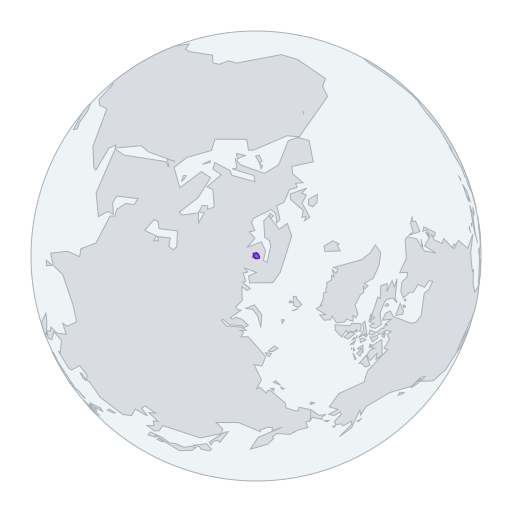 Northern Savonia highlighted on a globe, orthographic projection, rotated 147°
{"feature_id": "FIN-3178", "entity_name": "Northern Savonia", "entity_type": "Province", "adm_level": 1, "iso_a3": "FIN", "parent_name": "Finland", "parent_adm1": "", "projection": "orthographic", "projection_center": [27.676, 63.147], "detail": "fine", "context": "on_globe", "style": "filled", "palette": "violet", "viewbox_px": 512, "rotation_deg": 147, "n_neighbors": 0, "source": "natural_earth", "source_scale": "10m", "svg_char_len": 12218}
<svg xmlns="http://www.w3.org/2000/svg" viewBox="0 0 512 512"><g transform="rotate(147 256 256)"><circle cx="256" cy="256" r="225" fill="#eef3f6" stroke="#a8b0b8"/><path d="M55.1,154.1L57.6,149.4L90.1,103.6L95.9,97.5L101.6,92.0L105.8,88.6L139.3,66.9L115.1,80.6L124.1,73.9L135.2,67.1L133.7,68.5L147.6,62.6L158.6,57.5L175.5,54.8L186.3,61.4L179.9,62.7L183.3,64.4L191.5,63.2L196.1,62.0L218.8,68.8L246.0,69.7L254.8,65.6L252.8,70.2L269.4,59.9L284.3,59.0L267.4,62.8L265.6,65.4L275.6,66.1L275.9,68.9L281.0,71.0L280.5,74.5L270.6,76.8L270.1,79.3L277.3,79.6L281.2,83.6L270.8,82.7L276.7,89.6L261.3,95.5L233.9,91.4L225.2,98.8L196.4,105.9L198.9,108.7L189.5,113.6L188.9,118.8L183.7,119.0L187.7,123.0L192.5,121.9L195.8,123.4L195.9,126.4L189.4,127.0L188.4,125.6L186.5,127.4L183.2,126.5L184.8,128.6L176.9,129.2L184.8,133.2L178.5,137.5L173.2,136.7L173.8,130.8L163.0,115.4L157.8,113.3L150.0,116.0L135.0,133.3L129.3,133.7L121.5,138.6L124.5,141.0L131.8,138.0L135.6,143.9L143.9,139.9L146.7,141.9L155.3,140.5L153.9,147.2L147.9,154.6L140.7,156.2L137.8,159.7L144.6,163.7L131.1,172.3L122.2,188.2L118.7,189.9L112.0,182.9L112.2,168.6L103.7,160.8L109.1,172.7L100.3,177.3L98.8,181.0L99.2,184.9L102.5,185.9L99.4,189.0L92.9,178.2L95.6,175.1L97.6,178.5L97.6,172.0L93.2,165.2L89.1,168.4L86.8,155.8L83.8,158.1L81.6,156.8L86.5,154.0L77.7,158.9L74.3,147.1L62.2,156.3L74.2,141.7L78.6,133.8L82.9,125.3L80.8,126.5L89.2,114.3L92.2,106.7L86.6,109.1L78.4,118.0L69.7,130.6L70.2,131.6L65.7,140.4L62.3,141.6L53.2,159.4L50.3,164.2L48.7,167.8L55.1,154.1ZM45.5,175.8L43.9,180.2L40.4,190.9L40.2,193.5L39.0,201.9L36.5,207.6L37.7,208.5L35.7,217.2L34.7,238.6L34.1,238.2L32.9,263.4L35.5,286.8L36.0,295.9L35.3,296.1L37.1,304.0L37.2,305.9L47.9,337.4L56.3,356.8L58.1,362.6L55.7,359.1L48.9,344.6L43.1,329.7L38.4,314.4L34.8,298.8L32.3,283.0L31.0,267.1L30.8,251.1L31.7,235.1L33.7,219.2L36.9,203.6L41.2,188.1L41.6,186.9L43.4,181.4L43.5,181.1L45.5,175.8ZM59.3,158.0L49.2,182.0L51.8,171.1L51.8,172.5L55.1,165.8L60.0,155.0L63.1,146.2L59.3,158.0ZM61.9,162.4L63.3,158.7L62.3,162.1L61.9,162.4ZM198.1,61.0L191.6,62.9L184.1,63.1L189.4,61.2L198.1,61.0ZM212.5,61.8L209.6,63.3L206.2,60.7L208.9,60.6L212.5,61.8ZM261.0,62.2L255.6,62.4L260.7,61.3L261.0,62.2ZM281.8,70.7L283.2,69.8L285.2,71.3L281.8,70.7ZM155.5,136.9L155.4,138.7L153.8,138.0L155.5,136.9ZM159.3,134.8L157.6,132.8L159.2,131.5L160.2,132.7L159.3,134.8ZM286.3,78.1L289.1,81.0L284.5,78.4L286.3,78.1ZM161.0,137.6L162.2,129.4L165.0,127.2L171.1,130.2L161.0,137.6ZM289.6,82.9L296.5,90.0L300.3,88.5L293.6,97.1L289.9,88.0L283.7,85.1L288.3,85.0L289.6,82.9ZM194.0,120.3L188.9,121.6L193.1,117.7L194.0,120.3ZM195.9,117.5L204.1,104.2L211.7,104.0L207.4,108.4L217.3,106.1L217.0,112.5L211.5,115.2L206.6,114.0L210.2,117.4L195.9,117.5ZM288.8,100.9L289.0,103.1L286.9,101.3L288.8,100.9ZM197.5,123.7L198.5,120.9L205.2,120.5L204.4,126.0L202.5,124.4L197.5,123.7ZM220.0,102.5L224.8,103.3L225.9,108.7L227.9,109.7L217.6,112.7L220.0,102.5ZM201.0,126.0L203.9,128.9L200.8,131.9L197.0,126.4L201.0,126.0ZM207.2,118.1L210.3,118.3L208.4,120.0L207.2,118.1ZM191.4,144.5L192.5,141.0L196.0,140.4L191.4,144.5ZM205.1,129.7L206.2,128.7L207.7,128.1L208.9,130.6L205.1,129.7ZM219.1,116.4L218.5,118.5L223.4,115.4L224.4,119.5L217.3,120.8L220.7,121.9L221.1,123.2L214.9,122.9L219.1,116.4ZM214.7,131.5L206.1,134.9L203.4,141.4L200.1,142.0L205.0,131.4L214.7,131.5ZM215.4,126.4L214.2,129.7L210.8,128.7L209.4,125.9L215.4,126.4ZM227.6,121.9L227.9,115.3L229.4,115.2L227.6,121.9ZM214.6,133.6L216.7,132.8L214.8,134.2L214.6,133.6ZM224.4,125.6L224.3,123.3L226.0,123.3L224.4,125.6ZM221.0,133.2L218.2,134.2L217.2,132.3L221.0,133.2ZM223.1,129.9L225.5,130.5L218.5,131.0L222.7,128.8L223.1,129.9ZM226.0,126.0L227.0,125.3L225.8,127.0L226.0,126.0ZM226.4,140.1L217.8,141.2L215.6,136.8L224.2,136.3L226.4,140.1ZM211.4,476.8L196.4,470.2L202.5,467.9L200.5,463.6L183.1,448.1L186.9,441.5L182.3,436.7L172.7,434.6L167.2,428.3L161.4,426.0L125.1,411.1L114.1,398.1L101.1,366.9L107.7,362.2L109.1,350.8L154.8,332.4L164.4,339.9L200.2,346.1L204.6,348.9L200.2,358.9L226.9,376.4L235.8,368.7L260.2,376.3L276.5,375.0L282.7,354.7L255.9,356.5L251.4,346.4L273.0,336.4L296.4,334.6L295.5,330.6L280.8,323.5L286.3,314.9L275.8,320.3L279.9,324.1L273.4,327.7L269.2,324.4L271.3,321.4L264.3,320.0L256.0,335.1L259.4,340.7L240.9,343.0L244.7,352.6L239.6,356.7L231.3,342.1L232.2,336.8L216.5,318.9L213.9,324.6L228.5,342.0L223.9,340.2L220.4,348.6L219.4,340.9L204.1,320.9L187.6,320.0L166.1,335.1L156.5,332.6L148.6,324.1L156.7,303.8L177.3,311.6L180.5,305.0L176.6,291.8L183.2,295.4L184.1,291.1L191.9,293.4L203.2,285.8L211.2,286.8L215.9,273.7L220.6,272.5L216.5,280.5L217.9,286.8L237.7,289.0L241.6,286.5L243.1,277.9L248.4,279.8L247.3,271.3L258.8,268.2L243.8,264.9L245.1,255.3L252.2,248.2L250.0,244.6L238.4,256.2L236.2,261.5L238.6,266.8L230.3,281.3L223.4,282.8L221.9,265.8L212.0,266.3L215.2,253.3L244.5,229.1L256.6,224.5L276.0,237.0L273.0,243.4L264.6,241.9L272.1,252.1L271.6,247.0L276.0,248.7L278.4,240.4L281.6,241.2L278.4,231.9L282.6,232.1L284.6,238.0L291.7,226.2L300.5,224.4L300.6,221.3L298.1,218.6L311.0,218.3L310.4,216.1L306.0,215.3L302.1,210.5L300.2,202.1L304.7,202.4L306.0,205.5L315.6,212.8L318.4,221.3L320.1,220.6L318.7,213.3L307.1,204.4L304.6,199.2L310.7,202.6L308.3,200.9L308.5,198.5L312.9,196.5L306.5,192.5L302.7,166.4L311.0,160.4L316.8,166.0L318.9,149.2L328.1,144.3L324.0,143.5L322.2,135.4L319.3,136.8L317.2,135.8L311.5,116.4L313.6,112.3L306.5,103.7L304.4,103.4L302.4,105.8L293.6,97.1L300.3,88.5L304.7,89.6L305.9,83.8L315.8,87.3L324.6,87.8L334.8,95.6L340.8,95.5L340.5,93.3L348.6,91.8L366.0,97.1L353.0,102.7L327.1,98.2L337.7,100.7L335.6,103.2L339.7,106.1L347.2,107.8L347.8,106.1L361.4,125.8L380.1,138.1L378.0,129.0L382.3,126.1L401.7,133.7L426.6,164.5L432.6,162.2L436.7,165.0L439.7,173.1L433.9,169.3L431.9,173.8L428.2,170.6L431.0,182.9L425.8,178.8L430.6,190.7L434.8,190.7L434.2,181.1L440.7,193.5L447.2,189.9L454.0,195.5L463.6,222.4L464.2,241.3L465.6,244.3L462.6,248.1L463.5,260.3L472.8,260.7L474.2,264.4L473.5,283.9L472.6,281.7L464.9,291.4L466.9,302.5L472.9,297.0L475.0,300.4L472.0,307.4L469.4,304.9L466.6,308.1L464.9,299.7L457.9,293.7L454.6,304.9L452.5,299.9L442.3,298.6L436.2,314.2L428.2,345.4L431.1,358.9L426.6,370.2L411.4,362.5L404.2,351.4L399.0,357.5L383.2,354.0L356.6,369.0L352.6,366.3L347.7,370.9L336.5,371.0L330.4,365.5L323.7,368.4L340.1,382.1L347.2,378.8L352.9,368.7L356.1,374.2L366.8,374.8L355.7,396.0L315.9,422.4L311.7,412.5L280.1,384.2L280.9,379.9L280.7,379.4L280.3,378.6L277.7,385.8L272.2,379.1L289.4,401.8L292.4,411.2L315.3,423.2L313.2,425.3L320.5,426.6L343.6,415.2L343.8,418.5L333.1,436.8L300.9,460.6L305.0,467.5L302.5,472.8L282.2,478.1L283.8,479.3L273.3,480.6L273.0,480.6L252.4,481.3L231.8,480.0L211.4,476.8ZM139.0,348.7L137.8,352.1L139.0,348.7ZM321.5,342.1L335.4,338.1L328.6,326.9L333.4,324.5L329.4,321.7L328.1,326.1L318.1,317.7L323.9,311.6L322.0,306.0L317.2,307.1L308.2,319.8L322.4,331.7L319.4,338.2L321.5,342.1ZM34.7,239.2L34.3,242.9L34.2,239.5L34.7,239.2ZM50.5,171.6L49.1,175.9L47.9,178.9L48.6,175.9L50.5,171.6ZM43.1,207.8L42.4,213.3L42.5,208.4L43.1,207.8ZM48.0,185.7L43.7,203.6L44.0,195.0L46.9,183.9L45.8,190.3L48.0,185.7ZM59.1,163.0L57.9,166.0L57.2,166.0L59.1,163.0ZM61.1,164.9L61.3,164.0L62.6,162.0L61.1,164.9ZM100.7,177.9L101.1,178.9L100.8,183.0L99.4,181.5L100.7,177.9ZM108.4,199.5L103.4,204.2L106.0,199.7L103.2,198.3L105.2,187.3L117.1,190.2L111.3,190.8L108.4,199.5ZM111.1,173.9L108.5,180.3L110.9,173.2L111.1,173.9ZM181.7,266.3L184.2,270.5L181.0,274.8L170.9,274.4L175.4,268.0L181.7,266.3ZM188.5,275.4L189.8,259.2L196.2,259.1L192.4,261.8L196.5,263.4L191.5,268.3L196.2,284.4L193.7,289.4L176.4,285.3L183.5,283.8L180.6,279.7L188.5,275.4ZM182.0,220.7L182.7,214.4L195.6,222.2L193.5,227.2L183.3,226.9L179.8,220.8L182.0,220.7ZM171.8,144.8L171.2,142.5L173.0,142.2L175.0,144.0L171.8,144.8ZM191.6,142.9L176.2,155.1L174.8,152.9L167.5,163.1L160.8,161.4L165.8,154.8L155.2,161.3L157.0,154.7L150.2,159.9L161.9,145.4L163.1,140.0L164.3,146.6L170.4,148.2L173.4,147.3L182.8,140.8L188.3,130.2L195.2,130.4L198.7,133.4L198.4,135.9L194.0,134.9L196.8,139.1L190.2,139.6L191.6,142.9ZM234.6,171.9L229.6,169.0L234.1,178.8L227.6,178.8L228.5,179.9L223.7,182.7L219.4,188.2L216.5,187.3L216.1,189.8L212.9,191.9L211.4,195.1L205.5,194.7L203.2,198.7L201.8,196.2L199.3,203.3L198.5,197.9L194.3,200.2L197.3,204.2L169.6,195.4L158.5,196.4L149.8,200.3L149.6,190.9L157.7,181.4L169.6,173.5L180.2,174.1L178.2,169.9L182.7,169.0L182.4,172.7L185.5,166.6L189.2,166.9L199.8,160.8L202.0,152.0L206.0,149.7L206.9,153.3L210.2,148.5L214.6,153.8L217.5,152.3L224.8,156.2L224.9,164.2L228.2,162.0L233.8,165.0L234.6,171.9ZM228.3,141.4L229.9,150.6L227.1,155.3L215.6,146.6L212.3,147.2L204.9,142.2L209.1,135.6L210.9,137.6L213.5,138.1L211.1,139.9L215.1,138.8L217.6,141.6L221.3,141.5L220.8,144.5L228.3,141.4ZM209.8,345.8L213.3,346.9L218.7,347.4L216.6,352.7L209.8,345.8ZM199.2,332.4L202.3,332.4L202.0,339.9L198.4,338.8L199.2,332.4ZM204.3,326.1L202.5,331.8L201.4,328.1L204.3,326.1ZM219.4,280.1L222.8,279.6L223.1,281.7L221.1,284.4L219.4,280.1ZM246.6,202.0L244.2,199.3L245.2,198.2L244.0,190.4L248.8,189.9L251.4,194.4L246.6,202.0ZM278.0,358.8L273.1,363.0L270.7,361.4L272.9,360.2L278.0,358.8ZM243.3,359.4L251.1,362.2L242.7,360.9L243.3,359.4ZM251.6,200.2L250.5,197.0L253.6,198.8L251.6,200.2ZM252.2,189.2L255.8,190.5L249.2,188.9L252.2,189.2ZM340.2,461.5L323.9,470.8L313.5,473.8L312.1,473.6L318.4,469.2L330.7,464.4L336.8,460.1L340.2,461.5ZM475.3,307.5L472.0,317.2L463.4,322.5L466.6,315.8L474.7,303.9L474.3,306.7L476.4,301.7L475.3,307.5ZM479.5,284.2L479.1,287.2L478.7,285.7L478.9,280.4L479.7,275.5L479.6,245.6L480.2,241.1L480.9,251.5L481.2,249.8L481.3,252.3L480.9,268.3L479.5,284.2ZM432.0,359.3L437.0,362.0L434.2,366.6L432.0,359.3ZM477.3,230.4L478.9,242.9L476.7,229.6L477.3,230.4ZM474.7,220.4L475.8,222.2L474.9,223.3L474.7,220.4ZM467.7,247.7L467.0,253.6L465.9,252.1L466.1,243.7L467.7,247.7ZM459.2,200.4L463.3,205.3L464.6,207.9L462.3,207.5L459.2,200.4ZM290.8,193.5L287.2,204.7L287.8,212.9L293.0,217.5L284.0,216.0L283.2,203.4L290.8,193.5ZM300.8,169.7L296.1,166.0L299.1,164.6L300.6,165.2L300.8,169.7ZM297.3,169.5L289.8,170.7L287.8,166.7L294.1,166.6L297.3,169.5ZM270.7,185.3L269.3,188.6L266.9,187.0L270.7,185.3ZM478.2,219.2L478.0,221.5L478.9,228.5L476.0,212.1L476.8,212.5L478.2,219.2ZM476.3,216.1L477.3,222.6L475.6,214.2L476.3,216.1ZM476.9,222.6L475.9,220.6L475.7,216.9L476.9,222.6ZM476.1,213.5L474.0,208.1L474.9,208.7L476.1,213.5ZM473.0,216.5L474.5,212.0L474.4,221.6L469.3,213.6L469.0,208.6L473.0,216.5ZM438.8,156.3L436.1,155.2L434.3,150.3L436.7,152.4L438.8,156.3ZM426.1,134.3L433.0,148.7L438.0,160.9L438.7,158.7L444.1,164.8L440.4,166.0L433.3,154.8L430.4,146.3L425.4,142.2L420.4,134.5L414.4,132.1L410.8,128.1L415.3,127.8L426.1,134.3ZM412.0,131.5L399.8,125.5L398.6,118.2L401.0,117.8L407.1,123.6L407.4,127.1L412.0,131.5ZM396.5,122.0L396.6,125.4L379.0,125.5L375.0,123.8L387.8,119.4L388.6,122.4L393.1,123.8L396.5,122.0ZM291.3,102.8L289.2,103.1L290.4,101.4L291.3,102.8ZM315.7,136.8L313.0,135.2L314.5,133.2L315.7,136.8ZM306.5,129.8L306.7,133.1L304.6,129.4L306.5,129.8ZM307.4,140.7L305.9,134.4L310.1,140.7L307.4,140.7Z" fill="#d9dde1" stroke="#a8b0b8" stroke-width="1"/><path d="M254.6,252.5L255.5,252.8L255.8,252.8L256.1,253.0L256.6,253.4L256.6,253.5L256.8,253.7L257.0,253.8L257.2,253.7L257.3,253.8L257.5,253.8L257.6,254.0L257.7,254.3L257.8,254.4L257.7,254.4L257.6,254.5L257.7,254.8L257.8,254.9L257.8,255.0L257.9,255.3L257.8,255.5L257.7,255.6L257.7,255.8L257.8,255.8L258.1,256.3L258.5,256.6L258.4,256.6L258.3,256.8L258.3,257.0L258.5,257.1L258.3,257.4L258.2,257.4L258.0,257.2L257.9,257.4L257.8,257.5L257.7,257.6L257.9,257.8L257.8,258.0L257.7,258.0L257.6,258.3L257.4,258.3L257.3,258.2L257.3,258.3L257.3,258.5L257.1,258.7L257.1,258.8L257.1,259.0L256.8,259.3L256.7,259.3L256.6,259.5L256.5,259.4L256.4,259.4L256.2,259.3L256.1,259.2L255.8,258.7L255.7,258.7L255.4,258.5L255.2,258.6L254.9,258.6L254.7,258.6L254.4,258.7L254.5,258.7L254.4,258.8L254.2,258.7L253.8,258.5L253.8,258.4L254.0,258.2L254.0,257.9L253.9,257.7L253.8,257.4L253.7,257.4L253.7,257.5L253.3,257.2L253.2,257.0L253.1,256.9L253.3,256.7L253.5,256.8L253.6,256.7L253.4,256.5L253.4,256.4L253.5,256.4L253.4,256.2L253.3,255.9L253.3,255.7L253.3,255.3L253.2,255.2L253.3,254.9L253.4,254.7L253.4,254.4L253.5,254.3L253.6,254.2L253.5,253.5L253.5,253.4L253.6,253.2L254.3,252.6L254.6,252.5Z" fill="#8b5cf6" stroke="#5b21b6" stroke-width="1.5"/></g></svg>